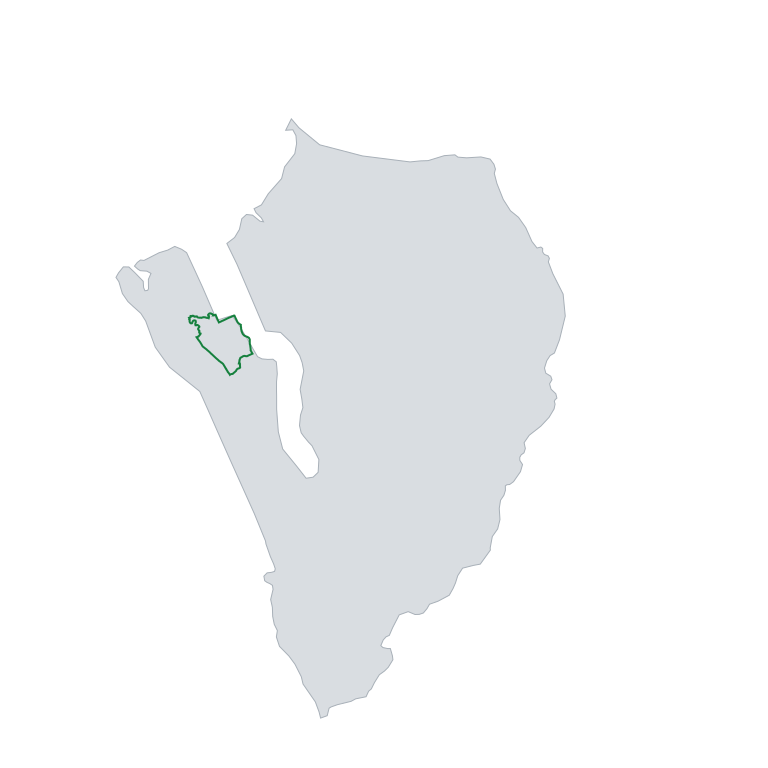 Bounkiling, Sédhiou, Senegal shown in context, rotated 66°
{"feature_id": "50182788B68388966372963", "entity_name": "Bounkiling", "entity_type": "district", "adm_level": 2, "iso_a3": "SEN", "parent_name": "Senegal", "parent_adm1": "Sédhiou", "projection": "albers", "projection_center": [-15.653, 13.139], "detail": "fine", "context": "in_parent", "style": "outline", "palette": "green", "viewbox_px": 768, "rotation_deg": 66, "n_neighbors": 0, "source": "geoboundaries", "source_scale": "gbopen_adm2", "svg_char_len": 8603}
<svg xmlns="http://www.w3.org/2000/svg" viewBox="0 0 768 768"><g transform="rotate(66 384 384)"><path d="M579.0,354.4L587.7,369.3L586.0,376.5L584.2,387.1L589.1,394.6L594.8,399.6L598.9,404.1L603.5,410.3L604.4,422.9L603.7,432.0L606.7,436.1L609.2,441.2L608.8,445.5L607.2,449.4L601.8,454.5L601.1,464.0L610.1,475.2L615.8,481.4L615.8,484.9L617.5,488.8L621.7,493.3L624.3,492.2L627.1,488.4L628.3,485.8L635.9,486.9L639.5,488.0L644.5,495.3L646.4,500.3L647.7,506.5L652.9,514.2L657.4,519.6L658.4,523.0L662.4,527.6L660.1,537.9L660.5,543.2L658.0,557.0L657.5,563.6L657.8,566.0L663.9,570.8L663.4,577.8L657.2,576.7L646.5,576.0L625.2,580.0L617.8,578.6L603.8,579.3L593.8,581.5L581.2,586.2L571.3,585.2L565.9,581.7L558.9,582.0L551.0,580.2L542.6,576.8L534.8,575.2L526.5,568.9L522.6,567.8L519.9,569.5L517.6,571.6L515.2,573.0L510.7,571.9L509.0,567.6L510.3,563.4L510.7,560.2L508.6,558.5L503.5,558.0L495.4,558.0L482.2,556.9L479.2,556.1L449.7,555.2L419.1,555.3L393.1,555.4L360.4,555.4L337.4,555.3L315.9,555.3L299.4,563.8L281.4,573.1L257.3,578.0L229.5,576.1L220.6,577.4L211.4,581.5L204.6,584.4L195.0,586.2L182.7,584.6L177.6,585.5L174.5,581.3L171.0,574.5L173.3,569.5L180.8,566.4L192.2,562.2L198.1,564.4L201.6,564.5L202.3,561.8L201.2,560.4L192.6,556.7L188.2,551.9L184.5,554.7L181.3,560.6L178.7,562.3L174.8,564.0L172.6,559.9L171.7,556.0L173.5,553.0L172.6,536.1L173.7,527.1L173.2,519.2L178.6,514.1L183.7,510.9L203.5,510.6L221.9,510.4L239.7,510.6L257.8,510.8L259.6,495.1L265.3,493.8L273.9,492.2L289.8,490.3L307.6,488.4L311.4,485.3L314.3,480.1L316.2,475.4L319.9,473.4L324.8,475.0L331.4,477.4L338.1,481.2L345.9,484.7L351.1,486.9L363.5,492.4L384.7,500.0L402.2,503.0L423.2,497.3L438.4,493.5L440.3,486.7L437.9,480.1L426.5,474.2L411.1,474.9L406.4,476.6L399.2,478.6L394.9,479.5L387.6,478.1L378.4,472.9L372.6,467.7L364.4,465.2L354.8,462.8L339.4,452.0L331.3,450.1L323.7,449.5L309.1,451.7L294.8,457.5L287.3,470.7L273.0,470.5L242.6,470.0L214.7,469.6L191.7,470.4L189.4,460.9L184.0,453.2L175.2,446.7L173.2,440.7L176.3,435.4L184.8,431.1L186.8,428.1L182.3,428.5L175.5,431.2L171.0,431.4L170.5,423.1L163.1,412.3L154.7,394.0L145.2,386.5L137.3,371.8L128.9,366.1L121.3,363.4L114.7,363.9L112.2,370.6L104.1,360.8L115.3,357.5L139.3,345.5L166.9,310.9L191.7,269.9L194.9,260.2L197.9,252.8L199.9,236.1L203.5,226.0L206.8,224.2L211.0,216.5L216.0,203.1L221.7,195.6L228.0,194.2L233.0,194.8L236.5,197.6L246.8,199.3L263.9,200.0L277.2,198.0L286.5,193.3L298.8,190.9L314.0,190.9L322.0,188.9L322.7,185.0L324.7,183.9L327.9,185.4L330.9,184.8L333.7,182.0L336.5,181.8L339.3,184.2L352.0,184.9L374.7,183.8L395.7,190.8L415.0,205.7L425.0,215.7L425.6,220.7L428.9,225.8L434.7,230.9L439.9,231.8L444.7,228.5L448.4,228.8L451.2,232.7L456.7,233.5L462.8,231.0L467.2,231.8L468.0,234.1L469.0,235.4L472.0,235.9L476.0,238.8L481.6,246.8L486.3,257.9L489.9,272.2L494.6,279.9L500.4,281.1L503.8,284.1L504.5,287.5L506.2,289.8L509.0,291.0L513.9,290.2L519.6,295.0L525.9,305.4L526.9,310.1L526.0,312.7L526.4,314.6L530.5,316.3L534.4,319.7L537.6,324.8L544.5,329.3L555.0,333.2L562.6,339.1L567.4,347.1L577.0,353.7L579.0,354.4Z" fill="#d9dde1" stroke="#a8b0b8" stroke-width="1"/><path d="M244.7,536.1L245.1,535.8L245.3,535.7L245.9,535.3L246.1,535.4L246.5,535.4L246.7,535.7L247.2,536.0L247.6,536.1L248.4,536.3L248.9,536.2L249.2,536.1L249.6,536.1L250.0,535.8L250.3,535.2L250.4,534.7L250.2,534.3L249.6,533.9L249.0,533.3L248.9,533.1L248.8,532.8L248.6,532.5L248.6,531.7L248.8,531.2L249.2,530.7L249.5,530.4L250.0,530.4L250.5,530.6L251.1,530.8L251.3,531.0L251.6,531.4L252.2,531.9L252.4,532.0L253.2,532.3L253.5,532.3L253.5,532.2L253.9,531.9L254.0,531.7L253.9,531.5L254.0,531.0L254.2,530.4L254.3,530.3L254.5,530.1L254.9,530.0L255.3,529.7L256.2,529.3L256.4,529.3L256.8,529.5L257.2,530.4L257.6,531.0L257.9,531.3L258.2,531.5L258.4,531.5L259.3,531.4L259.5,531.3L259.8,531.3L260.1,531.1L260.4,531.2L260.6,531.1L260.8,531.2L261.0,531.3L261.0,531.5L261.4,531.7L261.5,531.8L261.9,531.9L262.0,531.8L262.4,531.7L262.8,531.5L263.0,531.3L263.1,531.2L263.3,531.0L263.5,531.1L263.8,531.5L263.9,531.8L264.0,531.9L264.0,532.1L264.4,532.6L264.5,532.9L264.6,533.1L264.8,533.4L264.9,533.9L265.1,534.1L265.0,534.5L265.3,534.9L265.3,535.1L265.1,535.6L265.0,536.2L265.6,536.1L266.0,536.0L266.9,535.8L267.3,535.8L269.0,535.4L269.3,535.3L269.9,535.2L270.6,535.0L272.1,534.8L272.9,534.7L273.7,534.6L274.8,534.5L275.9,534.4L276.3,534.2L277.1,533.7L277.6,533.5L280.3,532.0L281.4,531.6L282.3,531.1L284.5,530.1L286.0,529.6L286.9,529.1L287.7,528.8L288.4,528.5L289.6,528.0L292.2,526.9L294.7,525.7L295.0,525.6L295.6,525.4L297.6,524.2L298.0,524.1L298.4,523.7L298.5,523.7L298.9,523.5L299.2,523.3L299.4,523.2L299.6,523.1L299.9,523.0L300.1,522.9L300.5,522.8L301.1,522.7L302.4,522.6L302.7,522.5L303.1,522.5L303.3,522.4L304.3,522.4L304.6,522.3L305.1,522.3L305.6,522.1L305.9,522.2L306.1,522.1L306.4,522.0L306.8,522.1L307.3,522.0L307.5,521.9L307.9,521.9L308.1,521.9L308.6,521.8L308.9,521.8L309.0,521.7L309.3,521.7L309.5,521.8L310.3,521.5L310.5,521.5L311.1,521.3L311.3,521.3L311.5,521.2L312.3,521.1L312.5,521.0L312.9,521.0L312.8,520.7L312.8,519.7L312.9,519.1L313.2,518.3L313.2,517.9L313.1,517.6L312.9,517.4L312.8,516.9L312.6,516.4L312.6,516.1L312.3,515.2L312.2,514.9L312.0,514.4L311.9,513.9L311.5,513.4L311.0,512.9L310.9,512.6L310.8,512.4L310.5,511.6L310.6,511.1L310.6,510.9L310.6,510.5L310.7,510.4L310.7,510.1L310.7,509.8L310.7,509.6L310.6,509.4L310.6,509.0L310.5,508.8L310.3,508.8L309.8,508.5L309.6,508.4L309.1,508.3L308.8,508.1L308.1,507.9L307.9,507.9L307.8,507.7L306.9,507.4L306.6,507.3L306.3,507.5L306.2,507.9L306.1,508.2L305.8,508.0L305.7,507.9L305.6,507.7L305.3,507.3L305.1,507.3L304.7,507.1L304.4,506.9L304.3,506.7L303.9,506.6L303.6,506.4L303.4,506.3L303.3,506.1L303.2,506.1L302.9,505.9L302.8,505.7L302.3,505.1L301.9,504.9L301.8,504.7L301.6,504.3L301.6,504.1L301.6,503.1L301.5,502.7L301.4,502.1L301.4,501.5L301.3,501.3L301.4,500.9L301.4,500.5L301.5,500.2L301.6,499.9L301.8,499.6L302.0,499.5L302.2,499.1L302.4,498.9L302.5,498.6L302.7,498.3L302.9,497.9L302.8,496.9L302.9,496.7L302.8,496.3L302.8,495.2L302.8,494.2L302.8,493.6L302.8,492.9L302.8,492.3L302.8,491.8L300.9,492.0L299.9,492.0L299.1,492.2L298.3,491.8L297.8,491.6L293.8,490.4L293.4,490.4L293.2,490.4L292.8,490.3L292.5,490.2L291.8,489.9L291.0,489.5L290.8,489.4L290.6,489.4L290.1,489.2L289.9,489.0L289.2,488.8L289.0,488.7L288.7,488.5L288.3,488.5L288.2,488.5L287.7,488.6L287.4,488.6L286.9,488.6L286.2,489.1L285.7,489.4L285.6,489.6L285.3,489.8L285.1,490.0L284.9,490.1L284.6,490.5L283.5,491.5L283.2,491.7L283.0,491.9L282.7,492.0L282.4,492.1L282.1,492.3L280.7,492.7L279.6,492.7L279.2,492.7L278.6,492.6L278.2,492.7L277.9,492.6L277.3,492.5L276.9,492.4L276.4,492.3L276.2,492.2L275.8,492.2L275.4,492.0L274.7,491.8L274.4,491.6L273.9,491.5L273.2,491.3L272.8,491.2L272.6,491.1L272.2,491.0L272.0,490.9L271.8,490.7L271.5,490.8L271.3,491.0L271.2,491.1L270.8,491.3L270.3,491.7L269.6,492.0L268.8,492.4L268.0,492.6L267.8,492.6L267.0,492.7L266.4,492.7L266.0,492.7L265.5,492.7L265.4,492.7L264.6,492.7L264.3,492.8L263.8,492.8L263.4,492.8L262.9,492.8L262.0,492.8L261.6,492.9L261.3,492.8L260.9,492.8L260.7,492.8L260.5,493.0L260.4,493.6L260.5,494.0L260.4,495.0L260.5,495.4L260.5,497.2L260.4,497.8L260.4,500.2L260.5,502.3L260.5,503.0L260.6,505.0L260.5,505.8L260.6,507.4L260.6,509.8L260.1,509.8L259.4,509.8L256.9,509.8L252.3,509.7L252.3,510.0L252.2,510.2L252.2,510.3L252.2,510.5L252.1,511.1L252.1,511.4L252.1,511.8L252.0,512.0L251.9,511.8L251.6,511.8L251.4,511.7L251.0,512.0L250.9,512.1L250.2,512.5L249.9,512.9L249.4,513.2L249.3,513.5L249.1,513.6L249.0,513.8L248.8,514.0L248.6,514.5L248.6,514.9L248.6,515.1L248.7,515.3L249.0,516.1L249.2,516.5L249.5,516.6L249.9,516.5L250.1,516.7L250.5,516.4L250.6,516.5L250.9,516.4L251.3,516.6L251.5,516.6L251.7,516.9L252.2,517.0L252.4,517.2L252.0,517.3L251.9,517.4L251.8,517.8L251.9,518.2L251.7,518.7L251.6,518.9L251.3,519.1L251.0,519.6L250.8,519.7L250.7,519.9L250.5,520.0L250.4,520.3L250.0,520.9L249.9,521.0L249.7,521.4L249.7,521.5L249.5,521.8L249.4,522.3L249.5,522.4L249.4,523.0L249.3,523.4L249.3,523.6L249.3,523.8L249.1,523.9L249.0,524.3L248.8,524.5L248.7,524.7L248.7,525.0L248.6,525.3L248.2,525.8L247.8,526.7L247.5,526.9L247.4,527.0L247.2,527.2L247.1,527.3L246.9,527.4L246.6,527.5L246.2,527.4L246.1,527.5L246.0,527.8L245.9,528.0L245.8,528.3L245.7,528.6L245.6,528.9L245.7,529.3L245.6,529.5L245.2,530.0L244.9,530.1L244.7,530.1L244.3,530.2L244.2,530.4L244.0,530.7L243.9,530.9L243.8,531.1L244.0,531.6L243.9,532.3L243.4,532.5L243.3,532.8L243.2,533.0L243.4,533.1L243.8,533.0L244.1,533.3L244.3,533.7L244.3,533.9L244.5,534.3L244.5,534.5L244.4,534.7L244.2,534.8L244.2,535.0L244.5,534.9L245.0,535.1L245.0,535.4L245.0,535.7L244.7,536.1Z" fill="none" stroke="#15803d" stroke-width="2"/></g></svg>